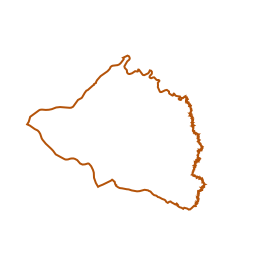 Non Narai, Surin, Thailand (Natural Earth projection), rotated 294°
{"feature_id": "78962969B93743145259282", "entity_name": "Non Narai", "entity_type": "district", "adm_level": 2, "iso_a3": "THA", "parent_name": "Thailand", "parent_adm1": "Surin", "projection": "natural_earth1", "projection_center": [103.921, 15.199], "detail": "fine", "context": "isolated", "style": "outline", "palette": "amber", "viewbox_px": 256, "rotation_deg": 294, "n_neighbors": 0, "source": "geoboundaries", "source_scale": "gbopen_adm2", "svg_char_len": 5941}
<svg xmlns="http://www.w3.org/2000/svg" viewBox="0 0 256 256"><g transform="rotate(294 128 128)"><path d="M190.1,94.9L189.8,95.8L189.0,96.1L184.5,95.0L182.6,94.2L181.2,92.9L178.7,88.7L177.9,87.9L176.7,87.3L174.4,87.2L171.5,86.2L164.3,81.9L159.2,80.3L157.3,80.1L156.2,80.4L154.3,79.1L153.4,79.3L152.9,78.8L146.3,75.8L145.2,74.8L142.6,74.2L137.1,73.6L136.4,73.3L133.3,70.9L125.2,69.2L123.6,68.0L122.8,66.7L119.5,57.4L117.5,54.0L114.2,50.7L112.5,48.3L111.1,45.6L109.8,41.9L108.9,40.3L108.1,39.6L98.5,34.1L93.3,34.8L90.3,34.4L90.3,37.3L89.1,43.3L89.0,46.4L88.3,48.2L86.9,50.2L83.3,53.5L82.4,54.9L80.2,59.3L77.7,66.5L76.7,68.9L74.5,72.7L73.7,82.9L73.9,84.1L74.9,86.0L76.4,87.6L77.3,89.0L78.0,90.6L78.2,92.1L78.0,94.7L76.1,98.7L76.1,101.3L77.3,103.5L79.2,105.7L79.5,106.5L79.4,107.1L78.1,109.9L75.4,113.1L73.3,114.9L68.7,117.2L64.7,121.0L62.1,124.6L63.3,125.4L66.1,128.1L72.9,133.8L74.3,134.5L74.0,136.0L73.6,136.5L73.5,137.6L71.5,139.2L71.1,140.3L70.7,140.2L70.3,140.7L69.8,143.3L69.8,145.0L70.5,147.2L71.5,151.6L72.2,153.7L72.5,156.8L73.8,162.0L75.0,164.2L78.3,168.3L79.2,171.7L79.0,172.6L79.1,174.4L77.8,177.2L77.3,179.1L77.7,181.5L77.1,183.5L77.4,184.8L77.1,188.1L77.3,190.4L77.1,191.5L76.0,193.2L75.8,194.8L77.4,195.7L78.2,196.8L77.8,197.9L77.4,202.4L78.8,203.2L78.0,204.9L77.3,204.5L77.1,204.8L76.6,207.2L76.9,209.4L76.6,211.3L78.0,211.8L78.5,214.9L78.2,216.8L78.9,217.5L78.9,217.8L80.6,218.7L83.4,219.8L83.8,220.8L84.2,220.6L84.4,221.4L84.9,220.9L85.9,221.2L86.3,221.6L86.6,221.3L86.7,220.9L87.1,221.3L87.4,220.8L87.7,221.6L88.6,220.7L88.8,221.7L89.5,221.9L89.8,221.8L89.9,221.4L91.2,221.6L91.6,221.0L91.5,220.2L91.9,219.9L92.1,220.3L92.3,220.4L92.7,219.3L93.0,219.4L93.1,219.9L93.5,219.2L93.7,219.6L94.2,219.5L94.7,220.0L95.3,219.9L95.7,219.4L96.4,219.5L96.3,218.7L97.6,218.9L97.7,218.5L98.2,218.5L98.1,218.0L98.7,217.8L98.7,218.5L99.3,218.4L99.4,219.0L99.8,219.5L100.1,218.9L101.4,219.6L101.3,220.6L101.5,221.0L101.8,220.9L101.9,220.1L102.2,219.9L102.8,220.0L103.1,219.3L103.3,219.9L103.9,220.2L104.5,219.6L104.8,219.7L104.8,220.0L104.5,220.6L105.2,220.5L105.1,220.9L104.7,221.3L105.1,221.6L106.2,221.0L106.5,220.6L107.2,220.6L107.8,221.2L107.8,220.5L108.5,219.5L108.8,219.5L109.1,218.9L108.6,218.7L108.5,218.3L109.0,218.4L109.6,217.6L110.0,218.0L110.8,217.6L112.0,216.3L111.1,215.9L111.3,215.6L111.8,215.5L111.8,215.1L111.4,214.9L111.9,214.1L110.9,214.3L110.6,213.9L111.2,213.7L111.8,212.3L111.3,211.8L111.5,211.3L110.7,211.4L110.4,211.1L111.2,210.7L111.3,209.7L111.1,208.4L111.8,208.3L111.8,207.7L111.0,207.0L111.5,206.4L111.4,205.6L111.8,205.8L112.0,205.5L113.4,205.5L113.9,205.0L114.9,205.4L115.8,204.8L116.8,205.4L117.1,205.0L117.7,205.1L118.6,204.3L118.9,205.0L119.8,205.4L120.3,205.2L120.3,204.8L120.8,204.9L120.7,203.6L121.3,204.0L121.2,204.8L121.6,205.0L122.0,204.0L123.9,203.0L123.7,204.0L124.1,204.6L125.1,204.5L125.3,204.8L125.4,203.5L126.3,203.6L126.3,204.3L126.9,203.4L127.3,203.7L127.6,204.7L127.1,205.1L127.5,205.6L127.3,206.1L128.1,206.2L128.3,205.7L128.0,205.4L128.6,205.2L129.4,206.1L129.6,205.7L129.2,205.1L129.4,204.7L128.8,204.6L129.4,203.6L131.3,203.3L131.5,202.6L132.2,202.9L133.4,202.8L134.3,202.2L134.5,202.8L135.0,202.5L134.7,202.2L134.9,201.6L135.8,202.2L136.0,201.4L136.1,201.5L136.1,202.8L136.8,202.8L137.1,202.3L137.3,203.6L137.9,203.3L137.9,204.0L138.6,203.7L138.4,204.2L138.6,204.2L139.2,203.6L139.7,204.0L140.0,203.4L141.1,203.9L141.2,203.5L140.9,203.0L141.3,202.2L141.7,202.2L141.9,201.5L142.3,201.3L142.4,200.6L143.0,200.8L143.2,200.6L143.3,199.9L143.1,199.7L143.5,199.4L143.3,199.0L143.4,198.6L144.5,198.1L144.5,197.9L144.1,197.7L144.1,197.2L144.4,197.2L145.0,198.1L145.7,198.0L146.1,198.2L146.2,197.6L147.0,196.8L146.7,196.4L146.1,196.7L146.7,195.9L147.3,196.3L147.9,195.5L148.7,196.3L149.2,196.0L149.0,195.2L149.4,195.0L150.6,195.2L150.0,194.4L150.9,194.1L151.0,192.9L150.2,192.4L150.8,192.0L150.3,191.5L150.2,191.0L150.9,191.0L150.7,190.3L151.1,190.3L151.3,189.8L151.8,190.0L152.1,189.8L151.4,189.1L151.7,188.5L152.7,188.0L154.1,187.9L154.9,186.9L155.1,187.5L155.4,187.4L155.5,186.9L155.8,186.8L155.8,185.7L157.2,187.2L157.3,186.6L157.0,186.3L157.2,185.8L156.7,185.9L156.7,185.5L157.5,185.6L157.6,185.1L158.2,185.3L158.6,184.2L159.4,185.0L159.5,184.0L160.3,184.0L160.6,184.4L160.9,184.3L161.0,184.0L161.4,184.3L162.1,184.1L161.5,183.4L162.0,183.0L162.4,183.2L162.6,182.3L163.7,182.9L164.0,181.8L164.3,182.2L164.8,182.0L164.9,181.8L164.3,180.9L164.9,180.2L164.6,179.5L165.4,179.8L165.9,178.9L166.0,179.6L166.5,180.1L166.7,179.3L166.5,178.7L166.8,178.5L168.1,179.0L168.7,178.6L169.5,179.0L170.0,179.0L170.5,178.5L170.4,177.9L171.4,177.4L171.6,177.5L171.8,176.9L172.4,176.5L173.5,176.4L172.9,175.6L172.8,175.0L173.4,175.0L173.8,174.6L174.1,175.1L174.8,175.1L174.9,174.8L174.6,174.1L175.0,173.6L174.9,172.5L175.1,172.4L175.4,173.0L176.0,173.0L176.0,172.4L175.5,171.6L176.2,171.7L176.7,170.9L176.4,170.2L175.9,170.5L175.7,170.2L177.2,169.6L178.2,169.7L178.4,170.0L178.2,170.6L178.6,170.9L179.5,169.7L179.0,169.4L179.1,169.2L179.7,168.9L179.3,168.5L179.5,168.2L179.5,167.8L180.4,167.5L179.7,166.9L177.9,166.2L177.3,164.7L175.7,165.1L175.1,164.8L174.9,164.2L174.8,163.2L175.2,162.5L177.5,163.0L177.9,162.6L177.1,160.0L176.9,158.3L178.0,156.4L178.1,155.9L177.7,155.7L176.3,156.0L175.7,155.4L176.2,151.9L176.5,151.4L178.0,150.6L178.6,148.0L177.6,146.6L174.6,144.1L174.1,143.2L174.1,142.4L177.5,138.6L179.1,138.1L181.4,136.9L183.7,137.5L184.1,137.3L184.3,136.5L183.7,135.2L183.6,134.4L184.9,131.4L184.5,130.5L182.9,128.9L182.8,128.0L183.1,127.1L183.9,126.8L184.9,126.9L186.6,127.6L187.6,127.6L189.1,126.9L189.7,125.8L189.5,124.5L187.4,124.5L186.2,124.2L183.0,121.5L182.6,120.5L182.6,119.8L185.7,114.3L185.7,113.9L185.5,113.6L183.9,114.0L183.5,113.8L182.8,111.4L179.6,109.4L178.0,107.6L177.7,106.8L177.7,105.9L178.0,105.1L178.6,104.4L180.4,103.4L181.6,100.6L182.9,99.6L188.5,100.2L190.9,101.3L192.0,101.4L193.1,100.7L193.9,99.6L193.9,98.1L190.1,94.9Z" fill="none" stroke="#b45309" stroke-width="2"/></g></svg>